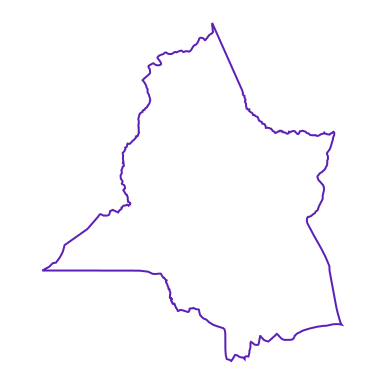 outline of Thma Puok, Bântéay Méanchey, Cambodia
{"feature_id": "14789045B61404286718051", "entity_name": "Thma Puok", "entity_type": "district", "adm_level": 2, "iso_a3": "KHM", "parent_name": "Cambodia", "parent_adm1": "Bântéay Méanchey", "projection": "robinson", "projection_center": [103.024, 14.034], "detail": "fine", "context": "isolated", "style": "outline", "palette": "violet", "viewbox_px": 384, "rotation_deg": 0, "n_neighbors": 0, "source": "geoboundaries", "source_scale": "gbopen_adm2", "svg_char_len": 6026}
<svg xmlns="http://www.w3.org/2000/svg" viewBox="0 0 384 384"><path d="M329.4,266.2L325.7,257.3L321.4,248.8L314.1,235.9L307.3,223.1L306.8,220.5L307.1,218.2L308.0,216.8L308.8,216.9L311.3,215.9L312.5,214.7L315.0,213.0L315.6,211.7L317.8,209.9L318.3,208.0L319.4,205.3L322.6,199.2L322.7,198.0L322.7,195.6L323.9,190.6L324.0,187.7L323.5,186.1L322.9,184.9L318.2,179.6L317.4,176.9L317.6,176.0L320.1,173.1L322.0,172.0L324.6,169.6L325.4,168.6L325.7,167.3L326.7,166.0L327.3,163.2L327.2,160.6L327.9,159.3L328.0,156.7L327.6,155.4L326.9,153.9L327.1,152.8L329.6,149.5L330.7,146.8L332.9,139.3L333.1,137.7L333.6,136.3L334.1,135.5L334.3,133.9L334.2,132.5L333.5,131.8L332.9,132.0L332.2,132.9L331.3,133.4L330.4,133.6L329.8,134.5L328.7,134.5L326.7,134.1L325.9,133.6L324.9,133.6L324.2,132.6L323.5,133.5L321.0,134.2L319.5,135.2L318.1,135.8L317.0,135.9L316.4,135.8L315.8,135.2L314.8,135.1L313.3,135.4L312.0,135.1L310.5,135.1L309.7,134.6L308.6,133.4L307.4,133.3L306.4,132.7L305.7,131.8L302.6,130.7L301.7,131.1L300.0,131.2L298.7,133.7L298.0,134.1L297.2,133.8L294.7,131.2L293.5,131.0L292.0,131.3L290.6,132.0L289.0,131.7L288.7,133.2L287.5,133.7L286.7,133.6L285.7,132.8L283.1,132.1L282.5,132.1L282.2,131.8L282.3,131.2L281.0,130.7L279.5,130.8L279.5,131.3L278.9,131.2L275.6,133.0L275.1,132.9L274.6,132.0L273.5,131.2L272.8,131.0L271.2,128.7L270.7,128.8L269.1,128.0L267.5,127.7L265.8,127.9L265.6,126.1L265.1,125.3L265.1,124.8L264.3,124.1L262.3,123.6L262.4,123.1L262.0,122.7L261.9,122.2L261.3,121.7L260.4,121.5L258.9,120.4L258.8,119.8L257.7,117.1L257.1,116.7L256.4,116.6L255.2,115.9L254.5,115.0L253.4,115.1L252.9,114.9L252.6,113.5L251.8,112.8L249.3,111.2L249.2,110.5L249.4,109.9L249.3,109.3L247.9,109.5L247.3,108.8L246.6,108.6L246.5,107.4L246.0,106.1L246.1,104.2L245.7,103.0L245.2,102.4L245.3,102.0L244.9,101.3L245.6,99.9L244.4,97.4L244.6,96.0L243.4,95.2L242.8,94.2L243.0,93.2L242.2,90.4L212.2,23.0L212.1,25.5L212.5,27.1L212.7,30.4L213.1,31.8L212.3,33.0L209.2,35.1L205.5,40.0L204.9,40.1L203.5,38.5L202.1,37.9L200.7,37.7L199.5,38.2L198.0,41.9L197.1,43.3L195.9,44.7L194.5,45.2L193.4,46.2L191.1,50.0L190.0,51.2L188.6,51.7L188.0,51.3L187.4,51.2L185.3,51.3L184.2,51.9L183.3,52.0L181.8,50.7L181.0,50.6L179.5,51.0L176.4,52.4L175.3,51.9L174.4,52.2L172.2,53.7L171.1,54.0L168.9,54.0L167.3,53.4L166.4,52.6L165.6,52.5L164.8,52.7L163.1,54.2L160.9,54.8L159.1,55.7L157.8,56.8L157.5,57.4L157.6,58.2L159.9,61.0L161.0,63.1L161.1,64.1L160.6,64.7L158.9,65.3L157.2,65.3L155.4,64.7L153.3,63.3L152.7,63.4L148.7,65.8L148.5,66.2L148.4,66.9L149.9,69.6L150.1,73.0L148.8,74.6L144.2,78.5L142.6,80.2L144.6,82.7L145.5,84.4L146.2,85.6L146.6,87.6L147.7,89.4L147.5,90.8L147.6,92.4L148.9,94.8L150.2,99.4L150.2,100.5L149.8,101.1L149.8,102.4L149.1,103.9L148.4,104.7L148.0,105.7L147.3,106.3L147.0,107.3L145.4,108.2L144.4,109.9L143.4,110.0L142.8,110.6L142.6,111.3L142.7,111.7L140.5,113.0L140.3,113.6L139.8,113.8L139.3,115.1L138.3,119.0L138.8,120.9L138.7,121.4L138.8,123.4L138.4,124.2L138.6,124.7L138.3,126.6L138.8,127.5L138.8,128.1L138.6,129.0L138.8,129.8L138.6,131.4L139.0,132.0L138.8,133.2L138.1,134.3L138.2,134.9L138.0,135.5L137.7,136.0L137.2,136.2L136.3,136.1L135.9,136.5L136.1,137.4L133.9,139.9L132.1,141.3L131.3,142.5L130.8,142.7L129.7,143.9L128.5,143.9L127.6,143.6L127.2,144.4L127.1,145.8L126.8,146.7L125.1,147.7L125.5,148.7L125.4,149.2L125.0,149.6L124.7,150.7L123.6,152.1L122.8,152.7L122.7,153.1L123.1,155.5L122.9,158.8L123.5,161.8L123.0,162.0L123.0,162.6L122.8,163.2L123.7,163.8L123.9,165.6L123.7,166.1L122.7,166.6L122.2,168.8L121.4,170.2L121.8,172.2L121.8,173.2L120.6,175.3L120.7,177.7L120.9,178.8L122.4,180.9L122.6,181.5L122.4,182.1L121.8,183.5L122.0,184.0L123.9,185.0L124.4,185.4L124.6,185.9L125.0,187.7L124.9,188.6L123.8,189.3L123.3,190.3L124.9,192.5L125.4,193.9L125.7,194.2L126.7,194.7L127.0,195.1L126.9,195.7L127.5,196.5L127.8,197.6L127.7,199.4L128.1,200.8L127.9,201.6L129.8,202.6L130.4,203.6L130.0,204.6L129.4,204.7L128.6,205.7L127.4,204.7L126.7,204.8L125.7,205.5L124.0,205.5L123.1,206.0L122.0,207.4L121.5,207.6L121.6,208.7L120.7,209.6L119.7,210.1L118.1,212.4L117.5,211.9L115.7,211.4L113.1,210.0L112.3,209.9L111.7,210.6L110.2,211.0L109.3,214.4L108.5,215.2L106.0,215.7L104.7,215.5L103.6,215.6L101.0,214.3L100.3,214.2L99.4,214.8L98.1,216.7L87.4,229.0L64.6,245.1L63.0,251.2L61.4,254.6L59.5,257.9L56.0,262.6L52.8,263.2L49.2,266.7L42.3,270.5L130.6,270.6L139.9,270.7L148.2,271.7L152.6,273.8L155.1,274.0L159.7,273.6L160.9,273.7L162.4,276.4L163.5,277.8L164.1,277.7L165.8,280.1L166.5,280.1L166.7,280.6L166.0,281.1L165.9,281.6L166.1,282.3L167.3,284.4L167.5,285.6L168.3,287.0L168.5,288.8L168.8,289.2L169.2,289.0L169.6,289.5L169.5,290.5L170.3,292.4L170.4,293.1L170.3,294.0L170.0,294.6L170.0,296.2L169.8,296.8L170.0,297.9L171.2,298.0L171.3,298.5L171.7,298.7L172.0,299.2L171.7,299.7L171.1,299.5L171.0,300.5L171.9,301.6L171.8,302.0L172.7,303.1L172.5,303.5L173.2,304.1L173.9,303.6L174.4,303.7L174.8,304.4L175.2,306.1L175.6,306.5L175.7,307.1L177.0,309.2L177.9,311.0L178.9,310.8L179.6,310.2L181.2,309.9L188.0,312.0L188.8,311.6L189.3,310.8L189.6,308.7L190.7,308.4L192.1,308.5L193.4,307.9L195.8,309.1L198.7,309.5L199.1,310.4L199.2,311.5L200.0,314.8L201.9,317.1L203.7,318.6L205.5,319.2L206.8,320.0L208.9,322.1L213.2,324.8L218.2,326.6L223.3,328.2L224.5,329.4L225.1,331.8L225.3,334.2L225.4,349.8L225.8,355.4L226.8,359.1L229.8,359.9L231.2,361.0L232.6,359.1L235.1,354.9L237.4,355.4L239.2,356.8L241.3,357.4L243.0,357.5L244.7,359.1L244.7,357.2L245.7,356.4L248.1,356.4L248.4,356.5L249.3,353.2L249.5,350.6L250.4,347.6L250.5,342.9L250.9,341.9L252.1,342.5L254.6,344.6L256.3,344.9L258.2,344.8L258.7,343.8L260.1,336.1L260.6,336.1L261.2,337.2L262.5,338.3L263.3,339.5L264.6,340.3L266.3,341.0L268.4,341.5L275.3,335.4L276.7,333.9L277.9,334.7L280.1,337.3L281.9,338.9L284.3,339.9L290.8,339.8L292.7,339.3L293.6,338.4L294.5,336.7L294.7,335.7L297.6,333.2L299.0,332.7L302.3,330.9L304.3,330.1L310.1,328.4L317.4,326.7L323.8,325.8L326.2,325.8L332.4,324.4L335.5,324.1L339.8,324.2L341.7,324.7L341.1,323.9L340.2,321.7L337.8,313.4L336.3,307.1L330.0,273.2L329.5,270.2L329.4,266.2Z" fill="none" stroke="#5b21b6" stroke-width="2"/></svg>